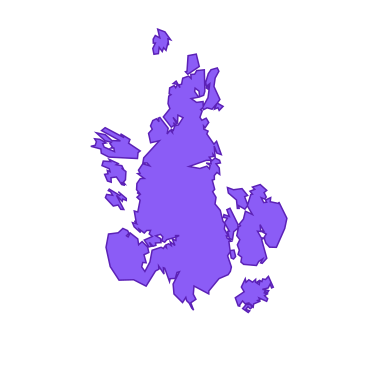 Fjell nor, Hordaland, Norway (Robinson projection), rotated 37°
{"feature_id": "86288312B65460294234921", "entity_name": "Fjell nor", "entity_type": "district", "adm_level": 2, "iso_a3": "NOR", "parent_name": "Norway", "parent_adm1": "Hordaland", "projection": "robinson", "projection_center": [5.057, 60.356], "detail": "fine", "context": "isolated", "style": "filled", "palette": "violet", "viewbox_px": 384, "rotation_deg": 37, "n_neighbors": 0, "source": "geoboundaries", "source_scale": "gbopen_adm2", "svg_char_len": 6103}
<svg xmlns="http://www.w3.org/2000/svg" viewBox="0 0 384 384"><g transform="rotate(37 192 192)"><path d="M266.7,263.3L265.0,260.9L265.7,244.9L270.6,236.3L270.4,232.3L268.6,228.2L258.8,221.5L258.4,216.7L263.0,221.1L265.5,220.5L265.7,217.3L260.5,213.1L257.7,215.9L251.3,209.4L253.0,207.7L247.7,207.7L245.9,206.4L247.7,205.4L240.1,202.1L237.5,197.5L234.3,196.7L225.6,189.6L217.6,187.7L214.4,181.8L208.3,179.3L208.5,176.2L201.0,170.3L202.3,168.5L199.9,165.4L200.1,161.4L203.6,161.3L199.3,156.4L194.2,155.0L197.2,151.7L194.9,150.1L190.0,151.0L188.7,156.5L190.2,157.9L185.9,160.3L190.5,159.9L191.9,162.9L188.3,162.4L184.1,168.5L174.3,173.4L184.3,158.2L188.6,154.9L184.8,153.8L187.7,150.8L186.2,149.3L189.5,150.2L182.0,141.9L188.5,146.0L192.9,144.5L181.1,136.7L180.7,140.6L168.9,136.7L168.2,133.7L163.6,134.7L161.5,132.3L163.8,132.8L163.5,126.4L158.9,124.5L156.7,128.8L153.4,127.6L151.4,121.2L149.3,121.0L149.8,118.5L151.6,119.4L153.4,115.7L158.2,113.8L158.6,106.5L160.1,112.3L162.0,109.1L164.6,110.5L165.3,104.9L158.7,105.8L158.6,101.3L146.0,94.5L141.9,87.0L140.8,79.4L137.5,77.7L133.6,82.9L133.8,87.7L137.0,96.4L139.9,98.9L141.0,94.8L143.7,99.5L141.3,97.8L140.8,100.3L144.1,100.1L148.0,107.0L149.4,116.8L146.4,113.1L141.7,117.7L135.1,117.9L140.2,112.3L133.6,110.1L132.0,107.2L136.9,107.2L140.8,111.5L143.1,107.8L141.7,103.9L128.3,87.0L122.7,92.2L123.2,96.3L120.3,98.8L122.9,101.8L119.5,101.5L116.1,106.7L118.8,112.2L117.1,114.2L119.6,115.9L112.6,113.0L111.7,116.7L115.7,114.8L116.2,118.5L113.7,117.8L111.5,122.3L114.6,127.3L116.6,127.0L115.7,129.4L119.7,135.9L124.2,138.7L123.9,149.3L136.5,152.7L137.7,149.0L135.4,147.6L138.1,148.6L138.4,146.5L131.9,143.8L138.8,145.4L134.5,139.1L140.1,138.0L140.8,146.6L138.4,149.4L140.0,154.1L138.2,154.3L140.5,156.3L137.4,155.7L137.2,160.7L134.6,155.4L121.5,151.8L120.6,153.4L123.4,155.7L119.5,154.9L117.7,158.5L119.1,164.2L122.5,165.8L122.0,171.3L129.3,177.6L135.1,170.7L132.9,193.8L135.3,198.4L138.7,195.8L142.4,196.6L135.7,199.1L136.1,206.8L139.3,208.4L137.6,210.0L145.7,209.9L142.6,212.4L142.9,218.4L146.3,223.5L150.9,224.6L148.5,225.6L152.0,225.5L151.2,229.3L155.5,229.8L160.7,240.6L157.3,241.9L165.4,249.5L163.4,249.7L166.9,250.7L162.9,252.3L166.7,254.6L175.3,255.4L172.2,253.5L178.6,253.5L179.0,250.0L182.0,247.6L183.0,251.2L187.1,251.4L182.8,259.1L190.7,261.7L192.3,259.8L188.3,257.9L193.5,258.8L195.3,256.3L193.5,254.7L197.7,251.1L194.8,248.1L189.4,248.8L192.3,244.8L195.7,245.4L197.3,249.2L200.4,248.5L200.5,245.3L206.2,237.9L205.1,236.7L208.0,234.5L206.4,237.8L208.3,240.4L204.7,241.5L210.6,245.0L204.5,244.8L207.7,247.3L204.5,247.4L203.0,250.1L205.0,251.8L202.9,251.6L203.1,254.4L200.6,254.7L195.2,262.5L200.5,273.2L202.2,283.8L196.9,282.1L195.1,277.9L198.0,276.1L191.4,271.0L193.9,266.3L189.7,262.7L182.0,261.6L181.1,266.2L176.9,262.1L167.3,261.9L168.0,266.3L166.0,266.4L166.4,262.8L163.8,261.6L158.7,262.7L157.6,269.0L150.6,275.8L156.6,287.9L171.6,300.8L186.8,306.3L198.2,297.2L212.0,294.8L210.4,277.0L212.0,273.6L209.9,271.2L219.1,274.4L214.7,269.7L216.1,269.3L228.0,277.1L226.7,274.4L230.7,271.1L228.4,265.3L229.9,263.3L232.3,276.9L239.0,284.3L251.0,286.0L250.5,279.9L253.1,282.0L256.8,282.5L261.7,284.9L264.4,285.4L257.7,281.2L259.7,275.3L254.6,272.9L250.2,265.9L266.7,263.3ZM250.7,145.7L242.0,145.0L237.3,151.7L240.5,152.1L237.8,156.5L241.6,157.3L240.5,158.7L244.1,168.7L236.8,164.0L238.5,161.3L229.9,159.2L223.8,165.2L217.6,167.1L221.6,170.9L232.3,171.6L238.1,177.8L239.5,176.7L237.5,174.8L244.6,173.9L244.5,169.7L253.8,173.6L246.2,175.2L249.4,182.7L249.1,189.2L251.0,189.8L250.2,191.9L254.0,199.9L258.9,201.3L260.0,206.9L264.8,210.0L266.3,214.1L270.9,214.2L273.2,218.5L276.8,218.7L287.7,211.9L287.1,207.3L288.7,202.9L289.4,207.3L291.0,206.7L291.6,199.9L276.1,188.0L277.2,185.6L274.8,186.9L267.9,183.9L270.7,182.2L266.0,177.1L274.0,180.5L272.2,180.2L270.7,181.7L276.6,180.9L276.9,185.1L281.8,188.4L287.1,189.4L292.7,185.4L288.0,165.3L283.6,155.9L267.3,147.7L268.6,148.8L260.3,152.7L258.2,149.1L255.6,154.1L257.8,155.3L255.6,157.3L250.7,154.9L254.3,153.9L254.3,151.3L249.9,149.1L250.7,145.7ZM110.8,187.4L99.9,188.5L105.0,189.5L83.9,192.9L82.8,197.4L104.1,194.3L97.1,199.1L88.3,198.4L80.0,202.3L91.8,203.4L97.6,200.8L97.2,202.6L101.4,204.0L100.8,205.7L103.1,203.9L105.8,206.4L94.8,209.0L91.6,207.2L93.9,204.5L86.7,205.4L82.2,208.1L85.4,209.4L86.6,212.9L83.7,216.4L93.3,212.5L96.2,215.6L104.5,214.2L128.3,198.1L125.2,193.0L125.9,190.4L112.0,191.2L110.8,187.4ZM309.2,236.3L317.4,234.4L316.7,231.7L312.3,231.1L313.5,228.2L310.4,229.1L309.9,227.2L312.9,227.4L312.6,224.6L306.8,227.4L310.6,222.8L309.8,218.5L313.3,220.7L314.2,219.1L303.8,213.4L303.4,217.6L300.8,218.9L301.7,221.5L299.1,221.9L298.1,224.9L300.3,223.3L301.4,225.5L297.1,225.8L295.4,223.5L294.6,227.6L290.2,227.9L289.5,231.6L286.8,229.3L288.6,238.2L293.7,240.3L290.2,250.4L297.4,255.1L299.4,254.2L298.0,254.3L298.0,248.6L301.7,249.3L304.2,246.3L305.7,247.3L303.0,249.2L302.6,254.6L309.4,254.4L309.6,252.2L305.6,253.3L305.7,249.9L308.8,250.2L309.4,248.0L305.6,246.3L310.1,247.0L308.6,244.3L311.8,238.8L309.8,239.0L311.2,237.3L309.2,236.3ZM115.9,213.7L106.2,215.8L108.6,216.7L102.5,220.7L104.2,225.1L111.9,223.2L114.3,225.1L111.4,225.8L113.9,228.0L111.6,230.5L117.9,234.1L121.6,232.8L118.7,229.3L122.6,225.5L131.3,228.4L134.4,227.1L129.6,227.0L133.5,226.0L131.3,225.4L131.5,222.3L126.9,215.4L121.4,215.4L123.2,214.8L120.1,213.2L115.1,215.8L115.9,213.7ZM74.0,80.4L66.6,82.6L73.5,88.3L68.5,89.1L69.0,93.3L71.5,96.4L73.1,95.1L74.3,101.0L78.7,104.9L81.9,101.7L78.8,96.3L83.7,97.7L82.5,93.9L86.0,94.5L83.2,87.8L85.0,88.8L80.6,84.2L83.3,83.3L74.0,80.4ZM232.1,182.1L230.5,185.2L236.5,189.1L231.1,190.8L232.4,193.4L236.0,191.6L236.5,197.0L245.3,200.8L244.1,202.0L249.5,206.4L253.1,205.9L249.2,198.6L250.5,193.2L248.3,190.3L232.1,182.1ZM122.3,87.4L112.4,79.3L106.8,85.5L115.3,98.5L114.4,99.9L117.8,100.5L122.3,87.4ZM143.4,236.7L132.9,236.1L136.6,236.5L136.3,238.2L124.2,239.5L124.3,241.3L126.9,240.8L130.6,242.4L125.3,245.3L126.2,248.6L137.6,250.6L140.8,246.9L145.6,248.7L148.1,247.0L133.7,240.1L141.9,241.4L141.0,239.3L144.6,238.3L143.4,236.7Z" fill="#8b5cf6" stroke="#5b21b6" stroke-width="1.5"/></g></svg>